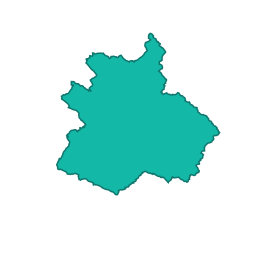 the district of Bawlake, Kayah, Myanmar, rotated 319°
{"feature_id": "60261553B12408734015728", "entity_name": "Bawlake", "entity_type": "district", "adm_level": 2, "iso_a3": "MMR", "parent_name": "Myanmar", "parent_adm1": "Kayah", "projection": "albers", "projection_center": [97.439, 18.919], "detail": "fine", "context": "isolated", "style": "filled", "palette": "teal", "viewbox_px": 256, "rotation_deg": 319, "n_neighbors": 0, "source": "geoboundaries", "source_scale": "gbopen_adm2", "svg_char_len": 5794}
<svg xmlns="http://www.w3.org/2000/svg" viewBox="0 0 256 256"><g transform="rotate(319 128 128)"><path d="M206.7,71.1L204.6,71.4L202.4,73.7L202.5,74.4L202.9,75.1L202.9,76.3L200.7,76.2L197.4,75.1L196.7,75.3L195.0,76.7L194.4,77.6L194.2,79.6L193.6,80.7L193.6,81.8L193.3,82.2L189.5,82.4L188.0,83.1L185.2,83.3L183.1,82.9L179.5,82.9L177.3,81.7L176.0,82.2L175.5,80.7L175.7,80.4L174.8,79.5L173.2,78.7L172.1,78.9L171.8,77.7L170.7,75.6L170.1,72.4L170.5,68.6L169.2,68.0L168.0,68.2L167.8,67.9L167.2,68.1L166.0,67.8L165.8,66.5L165.0,65.9L164.2,64.3L163.4,64.0L162.6,63.3L162.3,63.4L162.1,63.0L160.6,63.7L159.9,63.6L159.4,62.8L160.0,61.7L159.9,60.9L158.6,58.7L158.3,57.2L158.5,55.5L157.8,55.4L157.1,54.1L153.9,51.6L151.8,50.8L151.5,50.5L151.4,49.2L150.5,48.2L149.2,49.9L148.5,50.5L148.0,50.3L146.7,48.4L146.3,48.5L145.6,49.6L145.1,49.9L144.3,49.5L143.3,49.6L142.8,49.1L142.3,49.4L141.9,48.6L141.3,48.9L141.2,50.4L139.0,51.4L139.2,53.3L138.9,60.1L139.5,62.4L139.2,67.3L138.4,68.0L135.0,67.8L133.4,67.1L131.9,67.3L131.2,67.0L130.8,67.5L130.3,70.9L129.7,72.1L128.4,72.8L126.8,72.4L124.9,72.6L124.5,73.5L124.3,75.5L122.5,74.1L123.1,73.4L121.5,70.3L121.8,69.5L121.3,68.8L121.5,67.2L121.1,65.9L119.9,65.4L119.5,62.0L117.5,60.0L117.7,58.2L117.2,56.9L117.2,57.2L115.7,55.8L115.3,56.6L114.7,56.8L113.9,58.0L113.5,58.2L114.0,59.2L114.8,59.7L114.1,60.4L112.8,60.3L111.1,61.6L109.4,61.7L105.5,62.9L103.9,61.7L102.0,61.7L101.2,60.6L98.6,60.4L98.4,61.6L97.1,62.3L97.0,63.3L97.5,64.3L98.5,70.1L98.3,72.0L98.1,72.9L96.4,73.5L97.7,75.8L98.5,77.9L100.5,80.6L100.8,83.9L100.4,85.3L99.7,85.5L98.1,87.9L97.9,88.6L98.0,89.9L97.7,91.3L97.8,92.0L98.5,92.5L98.2,94.1L98.5,95.8L98.2,96.3L98.2,97.5L97.8,97.9L97.3,97.8L97.0,98.1L96.4,98.1L95.0,97.4L94.7,97.9L94.9,98.5L92.5,97.3L92.3,96.7L92.3,96.9L92.1,96.4L91.7,96.3L91.4,96.8L91.4,97.6L89.8,97.8L89.1,97.1L88.5,97.0L87.7,97.7L87.1,97.0L87.5,95.9L87.2,94.8L83.4,92.6L81.1,92.8L80.6,93.3L79.8,93.4L79.2,93.1L78.7,93.3L78.4,93.2L77.6,93.7L77.5,93.3L76.8,93.5L77.2,94.7L76.7,94.6L76.7,94.8L76.3,94.5L76.0,94.6L76.3,95.6L75.3,96.0L74.9,99.7L74.6,100.6L74.1,101.0L72.7,101.5L72.2,102.3L71.0,102.8L70.2,102.7L69.5,103.1L68.1,102.7L66.9,103.4L63.4,103.9L60.7,105.6L56.9,107.1L56.2,106.0L55.5,106.3L54.4,107.2L53.4,107.4L50.0,109.1L49.4,111.2L48.4,112.4L48.2,113.1L48.9,114.4L49.9,114.7L52.4,120.3L52.4,122.0L52.0,122.9L54.0,125.2L55.6,125.9L55.9,126.5L58.5,127.8L59.0,128.7L60.0,131.1L58.5,132.2L58.3,133.1L57.6,134.0L57.3,135.0L57.9,135.6L58.0,136.2L59.4,136.2L60.5,137.1L61.8,137.6L62.7,138.5L63.1,139.7L63.2,141.9L65.7,146.3L64.6,148.2L65.8,148.2L66.0,149.5L67.0,150.2L68.5,152.9L69.1,154.2L69.3,156.1L69.8,157.3L71.0,159.7L72.8,162.0L73.7,165.1L74.5,166.1L74.9,167.0L74.9,169.9L76.1,171.3L78.3,170.6L79.5,169.8L79.5,169.1L80.0,169.0L82.1,169.8L82.3,170.4L84.3,171.6L86.1,172.2L86.5,171.8L86.9,171.0L87.7,171.9L88.7,171.9L89.6,172.7L90.5,172.6L90.9,171.9L92.4,172.1L92.7,172.4L93.2,172.4L93.4,172.1L94.3,172.3L95.5,172.0L96.0,172.4L96.0,172.6L95.5,172.5L95.6,173.0L96.4,173.2L96.9,172.6L97.3,172.5L98.2,173.0L99.3,173.1L100.1,172.5L100.0,172.0L101.2,172.0L101.6,172.3L102.8,172.4L105.1,171.4L105.7,171.5L106.0,171.9L106.9,172.0L107.4,171.5L109.5,171.6L109.7,171.0L112.2,172.0L112.8,172.0L113.6,174.7L114.2,175.9L115.2,176.7L115.4,177.8L116.5,178.2L116.4,179.2L117.1,179.3L117.2,179.7L117.8,179.5L118.1,181.7L119.1,184.3L120.5,185.5L120.2,186.3L120.6,187.2L121.6,187.5L121.7,188.0L122.2,188.1L122.5,189.2L122.6,195.6L123.6,195.1L126.3,195.4L129.5,193.9L129.7,194.4L129.4,195.1L130.7,196.3L133.9,198.3L134.3,201.8L135.2,202.9L135.4,205.2L137.0,206.4L136.8,207.0L136.9,207.5L137.8,207.8L138.8,207.5L139.8,206.6L140.8,207.1L141.9,205.5L142.7,205.5L143.5,204.4L144.3,204.8L145.1,204.5L146.8,207.3L148.0,207.7L149.4,207.0L150.2,206.9L151.1,207.6L151.5,207.2L152.7,207.8L153.6,207.1L153.6,206.0L154.5,203.5L154.6,200.9L155.1,200.6L157.0,201.1L157.9,202.0L158.5,201.9L159.3,199.9L161.8,200.0L161.9,199.2L162.2,199.0L163.4,199.5L164.8,199.5L166.0,198.2L167.3,197.8L167.3,196.4L166.6,194.8L168.9,194.1L170.8,195.5L172.3,193.4L173.1,193.0L173.7,192.2L176.1,191.9L177.9,191.8L179.0,192.1L180.0,192.8L182.3,193.4L183.5,192.7L184.6,193.0L185.7,192.4L185.8,191.4L186.3,190.8L187.4,190.2L188.0,190.2L189.6,191.6L190.5,191.7L191.3,192.2L194.2,191.5L193.9,189.7L194.4,189.2L194.7,188.0L194.5,186.8L195.2,186.5L195.2,184.0L194.6,183.5L194.2,181.7L194.8,180.7L194.2,179.5L194.9,178.9L195.0,177.3L194.2,176.0L194.2,174.6L194.7,174.2L195.0,173.5L194.7,172.2L195.2,170.9L194.9,169.7L193.8,168.4L193.6,167.2L192.8,166.8L192.2,166.2L191.8,165.1L191.7,162.9L191.3,162.0L191.6,161.2L192.0,161.0L192.3,160.4L192.6,158.8L193.4,158.0L193.1,157.3L192.1,156.6L191.5,155.3L191.6,153.0L191.0,152.0L190.7,150.5L191.3,149.1L191.3,148.5L190.6,148.3L190.0,147.7L188.9,144.8L190.0,144.2L190.7,142.2L190.0,140.9L190.2,139.6L188.9,137.7L189.3,134.9L188.5,133.9L187.3,134.3L186.0,134.0L185.3,133.7L183.5,131.8L183.0,132.1L181.7,130.8L181.7,130.1L180.5,129.0L180.2,126.9L177.4,125.8L176.9,125.9L176.6,125.6L176.3,124.1L176.9,123.6L176.5,123.1L176.5,122.5L178.1,122.4L178.9,121.8L180.4,122.5L182.2,120.8L183.4,120.5L182.9,119.0L183.1,118.8L184.4,118.9L185.1,118.6L185.9,118.8L186.4,118.0L188.4,117.2L188.9,116.4L188.4,116.0L188.2,115.5L188.6,114.5L188.4,110.3L189.0,108.8L189.0,107.9L188.8,107.2L188.9,106.5L188.3,105.4L188.7,105.2L191.7,105.1L192.7,105.7L194.0,104.7L194.7,102.9L194.3,101.3L193.5,100.4L194.8,98.8L195.5,98.5L196.8,99.1L198.1,99.2L199.0,98.3L199.7,97.2L201.9,96.0L206.0,95.5L206.4,94.8L206.7,91.1L206.6,90.0L206.2,89.3L206.3,88.7L205.9,88.0L205.7,86.3L205.9,86.0L206.9,86.0L207.4,85.8L207.5,84.8L206.9,84.0L207.3,82.9L206.7,82.7L206.9,81.6L206.5,81.1L207.5,79.1L206.4,76.5L206.6,75.8L207.4,75.5L207.8,74.8L207.5,74.0L207.7,72.9L207.2,71.6L206.7,71.1Z" fill="#14b8a6" stroke="#0f766e" stroke-width="1.5"/></g></svg>